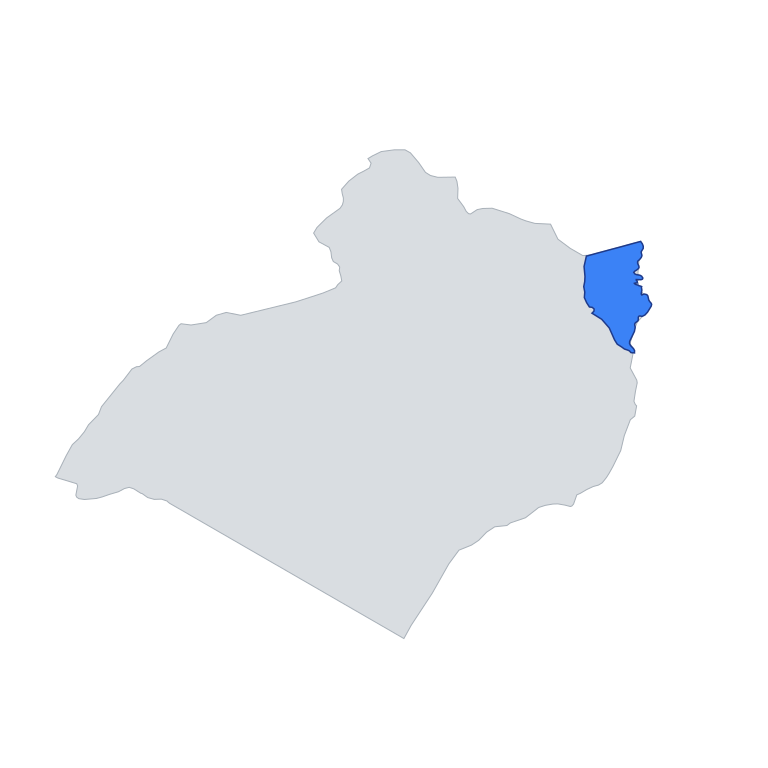 where Kaabong sits in Uganda, rotated 30°
{"feature_id": "UGA-3125", "entity_name": "Kaabong", "entity_type": "District", "adm_level": 1, "iso_a3": "UGA", "parent_name": "Uganda", "parent_adm1": "", "projection": "mercator", "projection_center": [34.168, 3.648], "detail": "fine", "context": "in_parent", "style": "filled", "palette": "blue", "viewbox_px": 768, "rotation_deg": 30, "n_neighbors": 0, "source": "natural_earth", "source_scale": "10m", "svg_char_len": 3724}
<svg xmlns="http://www.w3.org/2000/svg" viewBox="0 0 768 768"><g transform="rotate(30 384 384)"><path d="M528.5,594.5L518.8,594.5L503.1,594.5L487.4,594.5L471.6,594.5L455.9,594.5L440.2,594.5L424.5,594.5L408.7,594.5L393.0,594.5L377.3,594.5L361.6,594.5L345.8,594.5L330.1,594.5L314.4,594.5L298.6,594.5L282.9,594.5L267.2,594.5L257.9,594.5L256.0,594.2L254.8,593.8L248.8,595.0L242.7,598.8L236.1,600.5L229.2,599.8L228.3,600.2L224.7,600.1L219.6,599.9L215.0,600.9L211.5,604.3L207.9,610.1L201.5,616.8L196.4,622.7L192.2,626.9L182.3,633.8L177.0,635.9L174.3,635.6L172.7,634.3L169.6,625.4L167.7,624.0L148.6,628.5L145.7,628.6L146.0,625.9L144.6,605.0L144.4,592.3L146.9,584.3L148.4,575.1L148.5,567.0L152.0,553.2L150.7,544.9L155.2,515.9L156.4,511.1L158.2,497.1L161.0,492.8L163.5,491.1L166.8,482.5L173.0,468.8L177.4,461.7L176.4,446.2L177.1,435.7L178.1,433.3L187.4,429.4L199.4,419.7L204.4,408.3L211.6,400.9L225.4,396.2L225.5,396.2L266.6,356.9L285.7,335.7L294.0,324.9L294.3,321.0L295.9,315.9L292.5,311.9L288.6,308.3L287.2,304.9L283.8,303.3L278.9,303.3L275.6,300.9L272.0,296.1L268.3,293.1L256.6,293.4L247.6,288.5L247.7,281.9L251.3,268.8L258.1,253.8L258.4,249.7L257.5,246.2L255.8,243.2L252.8,240.2L249.9,236.6L252.1,225.8L256.4,215.3L259.9,210.0L263.4,204.1L262.4,199.2L257.4,196.8L260.0,192.1L265.4,184.1L275.9,176.0L285.1,170.7L291.3,170.6L303.3,174.9L314.1,180.0L320.0,180.2L327.3,178.1L342.2,169.2L345.8,172.0L350.2,177.5L355.0,186.5L364.4,190.6L368.9,193.4L372.1,194.2L373.9,193.5L377.5,186.4L381.8,182.6L389.8,177.7L407.4,173.8L420.0,172.7L425.3,171.8L434.3,169.5L448.3,162.3L462.2,171.6L477.3,173.4L491.9,173.4L496.3,170.5L498.9,168.4L514.2,153.0L534.9,132.1L548.7,161.5L553.5,163.2L552.8,165.8L551.6,168.2L560.7,175.3L571.8,179.0L575.8,182.6L576.1,186.6L572.4,203.7L573.1,208.6L576.7,225.8L583.3,229.7L589.2,247.0L601.0,254.3L602.7,256.4L605.5,264.8L609.1,274.0L611.9,276.1L613.7,276.6L617.2,286.4L615.2,291.8L617.9,308.5L622.3,323.3L623.5,341.1L623.6,348.9L623.4,353.7L622.4,360.4L620.3,364.3L616.5,368.1L612.3,374.1L608.7,380.5L606.4,383.6L608.2,393.2L607.7,395.7L606.7,396.9L601.3,398.4L594.5,400.9L590.3,403.5L584.4,408.4L579.7,413.6L573.4,429.1L562.9,441.1L561.2,445.1L551.3,452.3L546.9,461.1L544.2,472.0L540.3,479.8L532.0,490.4L530.1,507.3L530.4,541.0L528.2,579.4L528.5,594.5Z" fill="#d9dde1" stroke="#a8b0b8" stroke-width="1"/><path d="M495.3,171.9L495.7,171.7L502.2,165.1L510.7,156.6L520.6,146.7L527.8,139.4L535.0,132.2L537.6,133.4L539.6,135.0L540.7,137.0L540.6,139.8L540.7,141.0L541.4,142.0L542.4,142.9L543.2,143.9L543.4,144.9L543.5,145.9L543.2,148.0L542.9,149.2L542.5,150.1L542.4,151.0L543.1,152.4L544.2,153.4L545.5,154.2L546.5,155.3L546.7,156.7L545.8,159.0L544.7,161.0L544.5,162.5L546.6,163.3L548.0,163.0L551.5,161.8L553.2,161.8L555.2,162.8L555.4,164.0L554.4,165.2L550.2,167.4L550.4,167.9L551.8,168.4L552.9,169.7L551.1,170.9L550.5,171.6L551.7,172.0L552.4,171.9L553.9,171.5L555.7,171.4L557.4,170.9L558.4,170.8L558.4,171.3L560.4,173.8L561.7,177.4L562.7,178.0L563.1,177.6L563.5,176.8L564.5,175.9L566.9,175.2L568.5,175.8L571.3,178.9L573.0,179.8L574.6,180.3L575.9,181.1L576.5,183.0L576.3,190.1L575.5,193.7L573.8,196.3L573.0,196.7L572.1,196.9L571.3,197.3L570.8,198.0L570.8,199.0L571.9,200.9L572.3,201.9L572.2,202.7L571.3,204.9L571.0,205.9L571.2,206.9L571.9,207.9L572.8,208.8L573.4,209.8L574.6,213.3L575.4,224.2L576.4,226.2L578.2,227.4L582.4,228.6L584.3,229.8L585.3,231.7L585.2,231.7L583.6,232.8L582.0,233.3L580.0,232.6L578.0,232.8L574.7,233.5L571.2,233.1L566.1,232.9L561.6,230.5L551.0,222.8L540.2,219.1L528.7,218.7L529.4,216.0L528.5,214.0L526.0,213.5L523.4,214.6L518.9,212.3L514.3,209.0L511.9,204.0L508.3,199.8L506.6,194.9L504.3,190.4L498.5,182.2L495.4,172.3L495.3,171.9Z" fill="#3b82f6" stroke="#1e3a8a" stroke-width="1.5"/></g></svg>